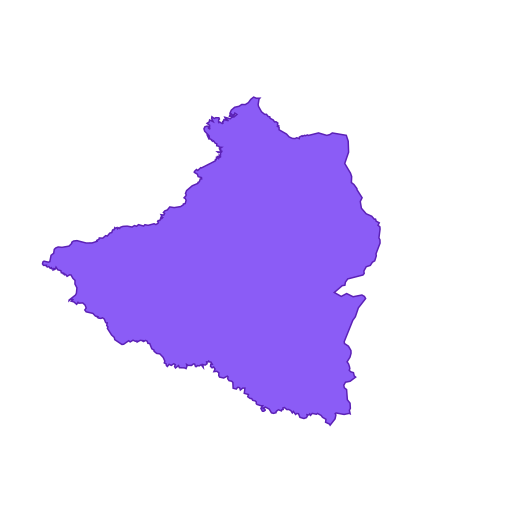 the district of Purwakarta, Jawa Barat, Indonesia, rotated 126°
{"feature_id": "22746128B43709097539954", "entity_name": "Purwakarta", "entity_type": "district", "adm_level": 2, "iso_a3": "IDN", "parent_name": "Indonesia", "parent_adm1": "Jawa Barat", "projection": "natural_earth1", "projection_center": [107.447, -6.592], "detail": "fine", "context": "isolated", "style": "filled", "palette": "violet", "viewbox_px": 512, "rotation_deg": 126, "n_neighbors": 0, "source": "geoboundaries", "source_scale": "gbopen_adm2", "svg_char_len": 6158}
<svg xmlns="http://www.w3.org/2000/svg" viewBox="0 0 512 512"><g transform="rotate(126 256 256)"><path d="M401.5,381.3L402.0,381.0L400.1,380.6L398.9,378.9L398.9,378.4L401.1,378.9L400.2,376.3L400.5,372.7L398.1,372.8L398.3,371.6L395.8,368.6L396.2,365.4L397.9,362.8L400.3,362.8L401.0,360.6L398.3,354.2L399.0,350.6L398.0,348.3L398.9,348.1L398.7,346.7L397.7,344.8L396.2,343.9L396.2,341.6L398.1,338.7L398.2,337.7L397.6,337.0L400.0,335.9L400.4,334.1L401.9,333.7L404.8,326.4L405.2,322.8L406.7,321.1L406.4,312.5L405.2,311.2L399.4,309.2L399.5,307.3L396.4,306.0L395.9,303.5L394.8,302.4L395.5,301.6L392.3,300.1L390.8,297.5L391.4,297.5L391.3,296.7L389.2,295.7L388.9,294.0L390.2,292.1L389.3,290.5L392.3,285.8L392.1,283.3L393.0,282.4L393.2,279.1L391.7,276.3L392.6,271.5L394.6,268.0L396.4,267.4L396.1,265.3L397.3,264.1L397.5,262.8L394.7,262.6L394.3,260.2L391.5,259.2L391.3,257.5L393.3,256.9L393.9,255.3L390.2,254.3L391.4,252.3L388.6,248.2L388.2,246.4L385.7,247.1L384.5,248.4L384.4,246.6L382.4,243.8L380.1,243.2L379.5,242.1L381.0,240.0L380.4,239.1L379.2,239.1L378.2,237.3L376.2,236.5L377.1,233.3L375.1,235.3L374.1,233.0L371.9,232.3L370.7,233.7L369.9,232.5L368.8,232.5L369.0,231.2L368.3,230.1L369.3,227.8L370.1,229.0L372.0,227.9L372.3,225.8L370.7,225.0L371.5,222.7L374.3,222.1L372.3,219.9L372.3,217.4L374.6,215.9L375.4,214.3L373.7,210.4L370.1,208.6L370.2,207.6L371.9,206.8L372.7,204.5L371.6,202.1L371.9,200.4L376.4,196.8L375.2,193.7L373.2,193.7L372.4,192.7L372.3,191.6L373.6,189.9L370.7,189.1L369.4,187.3L374.0,184.8L372.5,180.7L374.7,180.0L374.7,176.9L373.9,175.7L374.7,173.9L373.7,171.4L373.9,170.0L375.3,169.0L375.5,168.0L374.2,163.9L373.2,162.6L376.4,162.5L377.8,159.6L377.1,158.5L375.4,157.9L374.8,158.6L375.0,160.9L372.7,159.6L372.1,155.3L373.8,151.3L373.0,149.3L371.0,147.7L370.0,148.3L367.2,147.5L366.4,144.4L365.2,144.7L364.2,143.8L363.2,144.9L361.9,144.0L362.1,140.7L360.9,139.3L360.6,136.9L361.6,134.4L359.8,134.4L360.9,130.8L359.5,130.5L358.6,129.0L360.7,125.6L359.3,121.7L357.1,120.2L355.3,120.4L354.4,121.5L353.6,119.8L352.2,119.7L352.8,118.2L350.3,118.0L348.5,114.1L347.2,113.7L346.7,109.6L347.4,107.4L347.0,103.4L349.6,102.0L348.8,97.7L349.3,96.6L341.3,96.3L337.7,97.9L336.9,99.3L335.9,98.9L332.4,91.6L328.5,88.1L328.3,87.1L325.9,89.8L323.8,90.1L319.8,93.4L318.6,97.6L310.8,104.2L310.7,107.1L309.0,109.0L305.5,109.4L302.0,106.2L295.4,104.2L295.3,106.0L293.1,108.6L294.0,111.4L293.6,113.5L292.1,113.8L290.8,115.1L288.9,117.7L288.1,120.1L282.6,120.5L278.9,121.9L276.7,123.6L274.6,128.2L274.8,133.0L273.4,134.3L251.1,139.9L246.8,139.9L237.8,142.7L226.0,142.3L225.0,144.5L225.3,147.4L231.9,153.5L233.1,160.6L238.6,163.3L239.5,171.2L229.3,168.8L227.4,166.9L224.6,168.3L220.6,168.3L208.5,158.3L206.6,158.2L204.7,159.9L199.9,160.5L196.4,158.0L192.6,158.2L190.1,157.1L185.1,158.8L183.7,160.2L172.7,163.2L170.1,165.2L169.1,167.2L161.4,171.4L159.6,172.9L159.4,175.4L156.7,175.8L157.2,179.2L155.9,181.0L156.7,181.9L155.8,185.8L157.1,191.7L155.4,198.8L150.6,203.7L146.5,204.4L143.0,213.3L142.2,213.9L140.6,218.8L140.5,222.0L135.5,225.3L133.4,228.3L129.0,238.6L117.6,242.1L108.9,248.9L105.3,253.9L111.6,266.6L114.3,267.6L116.8,269.6L119.7,277.8L127.7,284.5L127.8,285.5L129.7,286.8L129.8,287.6L131.8,288.7L131.6,289.4L134.3,290.8L135.6,290.0L136.4,292.6L138.0,293.4L139.5,295.7L140.2,299.2L139.4,303.0L140.3,311.5L138.3,313.0L138.5,314.6L137.4,314.2L137.5,315.6L135.6,316.5L135.6,318.6L136.6,319.9L135.8,322.0L136.3,325.4L135.3,326.7L136.0,328.1L135.2,330.8L136.3,332.2L136.1,336.3L133.5,341.9L132.2,343.3L127.3,345.8L126.1,345.7L128.2,348.5L128.8,351.3L132.3,352.3L136.4,352.3L139.8,353.7L141.8,356.6L144.8,357.7L148.2,360.7L152.5,361.7L155.8,361.0L155.5,359.5L156.1,359.2L157.3,360.1L158.5,359.6L156.7,357.1L155.7,358.0L154.2,356.6L152.8,357.1L152.7,354.6L155.0,355.1L155.8,356.0L156.3,355.5L158.2,357.2L160.1,357.5L162.1,362.8L162.8,361.7L162.7,357.7L164.6,362.1L166.3,361.5L166.8,362.0L168.1,360.8L168.7,361.2L168.9,364.1L169.9,364.4L169.6,365.1L167.6,366.3L166.7,366.1L166.0,367.3L167.8,369.9L169.3,370.6L169.3,373.5L170.9,372.7L172.5,369.6L173.2,373.5L175.0,372.7L177.5,373.6L177.5,370.4L180.1,368.6L180.4,367.6L180.6,369.5L179.2,370.7L179.6,371.9L181.4,373.3L183.7,372.9L185.2,370.9L186.3,364.7L187.3,363.7L187.4,365.6L189.0,362.8L188.3,362.2L188.0,360.1L188.6,359.9L188.6,358.3L187.8,358.0L188.7,355.4L188.3,353.6L189.9,352.6L189.1,350.6L189.5,349.6L188.3,347.7L190.6,348.5L190.6,347.6L191.1,347.9L191.6,346.9L191.3,345.2L192.2,345.0L194.4,348.4L194.5,347.2L193.4,346.4L193.6,345.2L195.1,344.1L195.9,345.0L196.6,343.0L197.8,343.4L197.1,344.4L198.1,345.6L199.3,344.1L199.5,345.9L201.4,344.8L201.9,345.5L203.1,344.9L216.8,351.9L217.0,352.6L221.0,353.4L221.0,355.0L223.8,355.5L224.6,355.1L224.3,351.4L225.8,349.5L224.6,346.2L225.6,345.3L226.4,346.4L229.2,345.5L230.6,346.2L231.4,345.7L236.7,348.9L243.9,350.6L246.9,349.8L247.3,348.7L248.4,348.1L251.2,348.4L251.1,347.0L252.0,345.3L255.2,344.1L256.6,345.3L257.3,344.9L260.3,346.0L264.9,350.6L267.0,354.6L270.8,354.8L273.1,356.3L275.2,356.5L275.3,355.0L277.1,354.7L278.4,357.1L279.1,355.6L280.2,355.7L279.8,354.1L281.3,354.3L281.6,355.2L283.7,354.7L284.9,356.0L285.9,355.9L286.0,354.9L287.1,354.5L289.4,355.5L289.8,357.4L294.6,361.3L296.0,364.3L297.8,364.5L299.7,369.5L302.2,370.1L302.8,372.2L305.4,373.3L307.5,377.7L310.2,381.0L312.6,382.7L313.8,382.5L313.9,383.7L315.3,384.0L314.6,385.1L316.2,386.1L316.1,386.9L318.2,386.3L319.2,387.3L321.8,386.5L323.5,387.8L327.2,388.0L327.9,389.6L331.7,390.5L333.5,393.4L334.7,392.9L337.0,394.0L337.5,393.2L341.8,396.3L345.3,401.0L348.8,409.9L351.1,412.4L353.1,413.1L354.2,412.5L357.9,413.1L363.0,418.0L365.0,421.4L367.3,422.8L369.2,423.1L372.7,421.3L375.9,422.2L381.7,419.5L383.0,420.3L384.8,424.5L386.0,424.9L387.9,424.1L388.5,422.4L386.7,420.1L387.4,419.9L387.6,418.4L386.3,417.4L386.9,415.2L385.7,414.6L386.4,413.7L385.7,412.4L386.6,411.9L385.4,411.1L384.8,411.8L384.3,410.7L382.6,411.2L383.7,408.3L382.6,405.3L384.0,403.6L383.4,402.5L383.7,401.6L382.4,401.2L383.4,401.0L383.8,399.9L382.8,399.2L383.5,396.9L380.7,395.7L380.1,394.5L381.7,391.0L382.1,388.1L385.1,386.0L387.0,382.2L391.7,379.4L393.7,379.1L401.5,381.3Z" fill="#8b5cf6" stroke="#5b21b6" stroke-width="1.5"/></g></svg>